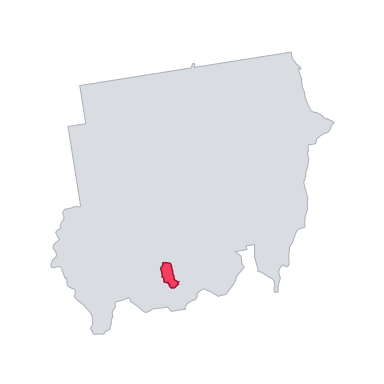 As Salam - WK, South Kordufan, Sudan shown in context, rotated 351°
{"feature_id": "16777658B70273794752269", "entity_name": "As Salam - WK", "entity_type": "district", "adm_level": 2, "iso_a3": "SDN", "parent_name": "Sudan", "parent_adm1": "South Kordufan", "projection": "mercator", "projection_center": [28.195, 11.292], "detail": "fine", "context": "in_parent", "style": "filled", "palette": "rose", "viewbox_px": 384, "rotation_deg": 351, "n_neighbors": 0, "source": "geoboundaries", "source_scale": "gbopen_adm2", "svg_char_len": 4624}
<svg xmlns="http://www.w3.org/2000/svg" viewBox="0 0 384 384"><g transform="rotate(351 192 192)"><path d="M261.5,304.2L258.1,304.2L257.7,303.4L257.8,301.2L258.2,299.5L259.4,296.9L259.1,295.4L259.3,293.4L258.4,291.0L250.3,284.3L248.8,282.4L244.4,280.7L245.2,278.8L243.4,264.9L244.3,263.3L244.5,260.9L244.5,258.8L245.5,255.2L245.7,253.7L237.1,253.6L237.0,255.1L237.3,256.8L237.3,257.5L225.4,257.6L230.2,263.0L230.4,265.4L230.1,268.4L230.2,270.3L230.4,271.5L231.7,274.0L231.6,274.4L231.3,275.0L222.9,282.2L221.5,285.6L220.3,287.3L217.9,290.3L210.1,298.0L208.9,298.5L203.0,298.8L202.4,299.0L201.9,299.3L201.7,299.3L196.6,294.7L188.1,289.3L182.5,292.1L181.0,293.2L181.0,295.8L180.1,297.1L178.6,298.6L174.5,299.5L172.3,300.3L169.7,301.8L167.2,304.2L167.0,305.5L167.3,306.7L153.0,306.6L152.0,305.7L150.0,301.6L148.5,301.9L135.4,301.4L133.6,301.8L129.8,303.5L128.0,303.8L126.0,303.0L119.2,295.0L117.7,294.0L116.1,292.1L114.7,291.3L114.2,290.6L114.0,289.8L114.1,288.0L113.6,286.9L112.5,286.7L103.3,288.5L101.9,288.3L100.0,288.7L99.3,289.0L98.5,290.0L98.4,292.2L98.2,293.3L97.5,294.6L94.8,297.3L94.3,298.5L94.4,301.5L94.2,303.0L93.8,303.7L92.7,304.8L92.2,305.5L91.8,309.3L90.4,311.7L90.0,312.5L89.9,314.1L89.7,314.7L85.5,316.0L84.0,316.8L83.0,318.1L82.8,318.7L81.0,318.2L78.7,317.9L74.4,317.5L72.6,316.9L71.8,315.9L72.1,313.6L71.6,313.1L70.9,312.7L70.5,311.7L70.6,310.5L72.9,307.8L73.3,306.4L73.9,299.6L73.8,297.6L71.9,293.8L67.8,287.3L66.7,286.0L61.5,280.6L60.9,279.8L59.6,277.5L61.0,272.5L61.1,271.2L60.7,269.7L59.4,268.7L58.2,268.5L56.7,267.2L55.7,266.6L54.8,265.4L54.2,263.8L54.6,257.9L54.3,257.1L53.0,256.9L52.6,256.4L52.7,255.3L52.0,251.9L51.2,249.2L51.6,247.6L50.5,245.5L48.3,244.6L44.2,245.3L42.8,245.2L41.9,244.8L41.3,244.0L41.0,243.1L41.3,241.8L42.5,239.2L44.0,237.2L47.0,235.3L47.8,234.3L48.2,233.2L48.3,231.9L48.1,230.5L47.8,229.3L46.9,227.7L46.1,225.8L46.1,224.5L46.4,223.5L47.3,222.4L50.2,220.2L53.3,218.4L53.8,217.7L53.6,217.0L52.2,215.5L51.8,212.6L51.0,210.5L52.6,209.0L53.7,208.4L55.5,208.0L56.2,207.3L56.4,206.1L56.4,204.9L57.0,204.1L57.9,202.2L58.6,201.3L60.9,199.1L61.4,197.7L61.6,196.4L60.9,192.2L62.3,190.5L64.0,189.1L66.5,189.2L70.4,188.8L73.0,188.2L74.9,188.3L79.2,189.0L79.6,188.7L79.8,187.6L79.8,107.9L97.5,107.9L97.8,107.7L97.8,69.3L209.8,69.3L210.8,69.2L212.5,65.6L213.3,65.3L214.4,65.5L214.8,66.4L213.9,69.3L311.7,69.3L311.9,73.7L312.7,77.3L315.5,82.3L317.9,85.0L318.7,86.5L318.8,87.2L318.7,87.8L318.0,87.1L316.8,86.6L316.6,88.9L317.1,93.7L318.1,97.1L317.4,100.2L317.5,105.5L318.8,111.8L318.5,115.8L320.5,125.1L322.5,130.3L323.6,131.6L324.8,132.3L327.2,132.7L330.6,135.3L333.4,138.1L334.3,139.5L335.7,141.1L336.6,140.9L337.1,140.4L338.0,141.7L342.4,144.5L343.0,145.8L341.4,147.0L339.6,149.2L338.8,151.2L338.3,151.8L336.8,153.1L336.6,153.7L336.0,154.1L335.3,154.1L333.8,154.8L332.5,154.6L331.1,155.0L330.6,155.5L329.6,155.9L328.1,156.1L325.9,157.8L323.9,158.6L323.2,159.3L322.2,162.7L321.4,163.6L318.5,163.7L317.1,163.9L315.1,163.6L314.2,163.6L314.0,164.3L313.6,167.2L313.7,168.5L312.0,171.8L312.5,177.9L310.9,182.6L310.7,183.6L309.1,187.3L308.3,188.6L306.2,195.4L305.4,197.5L303.7,199.7L305.5,216.0L304.0,221.0L304.1,223.7L303.1,227.7L302.3,229.5L301.0,231.8L299.9,234.2L298.9,237.5L298.3,243.7L298.0,244.3L292.8,245.1L291.2,245.5L290.1,246.2L288.8,247.8L286.1,252.2L284.8,254.8L282.6,258.5L280.1,261.1L279.5,262.3L279.1,264.7L278.2,268.3L277.3,271.0L277.5,273.1L276.7,276.7L276.8,278.5L275.9,279.5L274.7,280.5L273.9,280.7L270.4,278.2L267.8,279.9L266.3,282.3L265.0,284.7L265.7,289.8L265.7,290.9L265.3,292.1L262.9,297.0L262.2,299.3L261.5,303.2L261.5,304.2Z" fill="#d9dde1" stroke="#a8b0b8" stroke-width="1"/><path d="M150.5,276.7L150.9,276.8L151.6,277.1L152.4,277.3L153.2,277.6L153.3,277.7L153.4,277.4L153.8,277.5L154.3,277.5L154.4,278.5L154.9,280.0L155.4,279.9L155.5,280.0L155.2,280.3L155.2,280.5L155.0,281.0L155.1,281.6L157.0,283.9L157.5,283.7L158.2,283.5L158.7,283.6L159.3,284.0L159.6,284.0L162.3,282.1L163.6,281.2L164.1,280.9L163.7,280.2L163.8,279.9L164.2,279.3L164.8,278.7L163.3,278.0L161.7,276.5L160.6,275.5L160.9,274.0L160.9,272.3L160.7,271.0L160.3,269.8L160.4,268.6L160.5,266.5L160.2,265.1L160.0,264.2L160.1,263.2L160.2,262.8L160.2,262.2L160.0,261.3L159.8,260.4L159.8,260.0L159.6,259.4L158.6,258.8L157.3,258.3L155.6,257.8L155.0,257.7L154.5,257.6L154.0,257.5L152.5,257.4L152.1,257.5L151.9,257.7L151.9,259.5L150.6,260.8L150.1,261.2L149.8,261.6L149.5,262.0L148.9,263.4L149.3,263.8L149.5,264.1L149.4,265.0L149.5,266.6L149.7,268.6L149.5,270.0L149.1,271.2L150.0,271.4L150.6,272.5L150.5,274.1L150.4,275.2L150.4,275.7L150.4,276.0L150.5,276.7Z" fill="#f43f5e" stroke="#9f1239" stroke-width="1.5"/></g></svg>